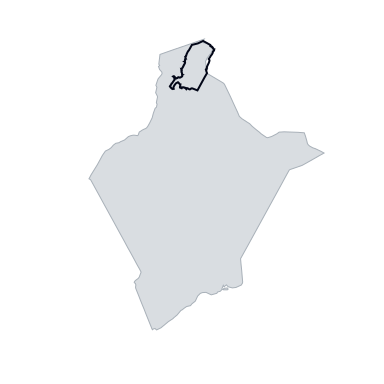 Turkana North, Rift Valley, Kenya shown in context, rotated 29°
{"feature_id": "3690345B58335120983870", "entity_name": "Turkana North", "entity_type": "district", "adm_level": 2, "iso_a3": "KEN", "parent_name": "Kenya", "parent_adm1": "Rift Valley", "projection": "robinson", "projection_center": [35.285, 4.376], "detail": "fine", "context": "in_parent", "style": "outline", "palette": "ink", "viewbox_px": 384, "rotation_deg": 29, "n_neighbors": 0, "source": "geoboundaries", "source_scale": "gbopen_adm2", "svg_char_len": 6965}
<svg xmlns="http://www.w3.org/2000/svg" viewBox="0 0 384 384"><g transform="rotate(29 192 192)"><path d="M95.5,230.4L95.4,225.8L96.0,213.9L95.9,203.4L96.4,198.2L98.7,194.9L99.8,192.5L100.5,189.1L101.7,186.4L104.4,184.1L104.9,182.9L107.8,179.2L109.5,174.4L110.8,172.8L112.4,171.3L113.5,170.5L115.4,169.7L116.9,169.2L117.2,168.8L117.3,168.1L116.8,165.1L117.4,164.1L118.4,162.1L119.6,160.3L120.6,159.1L121.2,157.9L121.5,155.8L121.5,154.3L121.5,151.9L121.2,146.4L120.0,141.8L119.2,136.7L119.8,135.0L118.8,132.0L118.3,131.8L117.5,131.1L116.6,128.3L115.8,125.7L115.3,125.0L112.1,122.8L110.5,117.4L108.7,116.2L107.7,110.9L107.5,109.4L108.5,104.1L108.4,102.9L107.4,101.7L104.3,100.6L101.8,98.4L102.2,97.6L102.3,96.9L101.0,96.3L97.3,87.2L102.1,81.8L107.0,76.3L113.3,69.3L119.1,62.9L124.1,57.3L128.5,52.4L128.4,53.3L128.4,54.6L129.0,55.3L129.9,55.9L131.2,55.3L132.3,54.5L133.4,54.4L140.1,56.4L141.2,58.2L141.1,60.2L141.4,61.6L140.9,63.0L140.3,67.2L140.5,71.1L142.5,74.0L144.3,76.3L145.7,79.5L146.8,80.4L148.2,81.0L152.8,81.1L159.6,81.3L166.2,81.5L166.8,81.6L168.1,82.0L174.2,86.3L179.7,90.2L184.4,93.7L188.9,97.0L193.3,100.2L196.7,102.9L200.1,103.7L205.6,104.1L209.3,104.3L212.9,105.4L218.1,106.4L221.9,107.0L224.3,107.6L230.8,108.2L231.9,107.8L234.7,104.9L238.0,100.0L239.2,97.4L243.4,94.7L250.7,91.0L255.8,88.4L261.5,85.8L264.1,88.1L267.7,91.7L269.3,93.5L270.6,94.3L272.6,94.8L274.9,94.8L276.2,94.8L278.9,94.3L285.1,93.9L288.6,93.9L285.6,98.7L282.1,104.5L275.5,115.2L270.5,120.8L266.7,125.0L266.4,125.8L266.4,130.5L266.5,142.1L266.6,165.2L266.7,188.3L266.8,211.4L266.8,222.9L266.8,226.8L270.1,231.7L273.4,236.4L277.6,242.7L279.9,246.1L280.3,247.2L280.2,249.5L276.7,254.2L273.8,256.3L269.9,257.3L268.7,257.1L267.2,256.5L266.6,257.6L266.1,259.3L265.3,259.0L264.6,258.5L265.0,261.6L265.4,263.1L264.8,265.2L262.9,267.0L262.8,268.6L258.7,272.6L252.9,273.0L249.8,275.0L248.4,276.7L247.4,280.3L247.8,285.8L246.1,290.0L245.8,292.1L242.8,294.8L241.5,297.4L240.5,299.9L239.7,301.0L238.6,306.8L237.2,310.3L236.9,311.4L236.5,312.5L235.4,314.5L234.7,315.9L234.2,316.8L230.7,325.8L227.9,329.8L225.8,329.3L224.3,330.9L224.2,331.6L223.4,331.2L221.6,329.7L217.9,326.7L214.2,323.7L210.5,320.7L206.8,317.6L203.0,314.6L199.3,311.6L195.6,308.5L191.9,305.5L189.7,303.7L188.8,302.7L188.0,300.6L187.6,300.1L186.7,299.4L185.5,299.3L185.2,298.9L185.2,297.8L185.6,296.4L186.9,293.6L187.1,292.0L186.8,290.1L186.4,287.1L186.0,286.5L183.6,284.9L178.4,281.7L173.3,278.4L168.1,275.1L162.9,271.9L157.8,268.6L152.6,265.3L147.5,262.1L142.3,258.8L137.1,255.5L132.0,252.3L126.8,249.0L121.7,245.8L116.5,242.5L111.3,239.2L106.2,236.0L101.0,232.7L99.1,231.5L97.3,230.4L95.5,230.4ZM267.1,262.2L266.3,262.4L266.7,260.8L269.4,258.8L270.5,259.3L270.7,259.7L270.6,260.1L270.1,260.6L267.1,262.2Z" fill="#d9dde1" stroke="#a8b0b8" stroke-width="1"/><path d="M132.6,106.3L132.5,106.0L132.4,105.9L132.3,105.6L132.5,105.4L132.5,105.2L132.8,105.1L133.0,105.2L133.3,105.1L133.5,105.0L133.5,104.9L133.8,104.5L134.1,104.4L134.5,104.4L134.8,104.3L135.2,104.4L135.3,104.3L135.5,104.2L135.6,104.3L135.8,104.2L135.9,104.3L136.1,104.2L136.2,104.3L136.4,104.3L136.5,104.3L136.6,104.6L136.8,104.7L137.0,104.7L137.2,104.8L137.3,104.3L137.4,104.2L137.3,103.6L137.8,103.4L138.4,103.4L138.8,103.4L139.4,103.5L139.8,103.5L140.2,103.4L140.5,103.2L140.8,102.6L140.8,102.4L141.0,102.2L141.2,101.7L141.3,101.6L141.7,101.5L141.8,101.4L142.1,101.2L147.5,100.5L147.4,85.6L147.5,80.8L146.2,79.6L144.9,78.3L145.4,77.8L145.3,77.5L144.8,77.4L144.8,77.0L145.0,76.2L144.4,75.7L144.3,74.2L144.2,73.0L144.1,71.1L143.9,69.9L143.7,68.9L143.5,68.4L143.2,68.1L142.8,67.8L142.4,67.7L142.2,67.6L142.3,66.2L142.4,65.4L142.4,64.5L142.4,64.0L142.4,63.7L142.5,63.3L142.6,62.5L142.7,62.2L142.7,61.9L142.7,61.7L142.7,61.0L142.7,60.7L142.6,60.3L142.6,60.0L142.4,59.6L142.3,59.1L142.4,58.2L142.6,57.9L142.7,57.7L142.5,57.4L142.5,57.0L142.4,56.9L142.3,56.7L142.2,56.5L142.2,56.4L141.8,56.5L141.5,56.4L141.4,56.4L141.1,56.3L140.9,56.1L140.5,56.0L140.5,55.8L140.3,55.7L140.0,55.6L139.8,55.7L139.6,55.7L139.5,55.4L139.4,55.3L139.1,55.3L138.9,55.3L138.6,55.2L138.3,55.3L138.2,55.2L137.9,55.4L137.6,55.4L137.5,55.6L137.4,55.6L137.1,55.2L136.9,54.9L136.8,54.7L136.7,54.5L128.5,54.5L125.1,59.2L120.6,63.4L120.6,69.4L120.5,69.8L120.5,70.1L120.3,70.6L120.4,71.0L120.3,71.3L120.3,71.7L120.3,72.1L120.4,72.9L120.4,73.5L120.4,73.8L120.6,74.4L120.6,74.6L120.7,74.8L120.7,75.1L120.7,75.4L120.6,75.7L120.7,76.0L120.9,76.1L120.9,76.3L120.9,76.5L120.8,76.9L120.8,77.1L121.1,77.5L121.3,77.7L121.4,77.8L121.5,77.9L121.4,77.9L121.5,78.0L121.5,78.3L121.5,78.5L121.5,78.8L121.6,79.0L121.7,79.5L121.8,79.7L121.8,79.9L121.9,80.0L122.0,80.2L122.0,80.3L122.2,80.5L122.3,80.5L122.4,80.8L122.3,81.1L122.4,81.3L122.5,81.4L122.4,81.5L122.5,81.5L122.6,81.8L122.8,82.0L123.0,82.2L123.1,82.3L123.2,82.5L123.3,82.5L123.4,82.9L123.4,83.0L123.4,83.4L123.4,83.5L123.4,83.8L123.4,84.0L123.4,84.4L123.3,84.5L123.4,84.9L123.3,85.0L123.3,85.4L123.3,85.5L123.4,85.8L123.4,86.0L123.5,86.1L123.5,86.4L123.5,86.6L123.4,86.7L123.4,86.8L123.4,87.0L123.5,87.4L123.4,87.7L123.5,87.8L123.4,88.1L123.4,88.6L123.3,88.9L123.3,89.0L123.4,89.3L123.2,89.4L123.3,89.5L123.4,89.8L123.4,90.0L123.4,89.9L123.5,89.9L123.5,90.1L123.4,90.1L123.5,90.2L123.5,90.3L123.6,90.5L123.8,90.6L123.9,90.9L124.0,90.9L124.2,91.1L124.3,91.1L124.3,91.3L124.3,91.5L124.5,92.0L124.8,92.1L124.9,92.3L125.0,92.3L125.1,92.5L125.5,92.8L125.8,93.0L125.9,93.3L126.0,93.4L126.1,93.5L126.3,93.8L126.4,94.0L126.5,94.0L126.4,94.1L126.6,94.5L127.1,94.9L127.2,95.1L127.2,95.3L127.3,95.6L127.2,95.8L127.1,96.2L126.9,96.4L126.7,96.8L126.4,97.4L126.0,97.8L125.9,97.9L125.6,98.0L125.3,98.1L125.2,98.1L124.8,98.0L124.6,98.1L124.3,98.6L124.0,98.8L124.0,99.3L123.9,99.5L123.7,99.7L123.5,99.8L123.3,99.9L123.3,100.0L123.2,100.3L123.0,100.6L122.8,100.7L122.7,100.8L122.5,100.7L122.3,100.8L122.2,100.8L121.8,100.6L121.6,100.4L121.5,100.1L121.4,99.9L121.1,99.9L120.7,99.6L120.4,99.5L120.0,99.5L119.6,99.8L119.5,100.0L119.8,100.0L120.0,100.3L120.4,100.3L120.7,100.3L120.9,100.5L121.2,100.9L121.4,101.0L121.5,101.2L121.6,101.3L121.8,101.5L121.9,101.8L122.1,101.9L122.2,102.2L122.3,102.5L122.3,102.8L122.2,103.1L122.0,104.6L121.9,106.2L121.9,106.4L121.8,106.7L121.5,107.1L121.7,108.2L121.5,109.3L121.4,110.3L122.0,110.6L122.3,110.7L122.6,110.9L122.9,110.8L123.1,111.0L124.5,111.4L124.9,111.4L125.0,111.2L125.3,111.0L125.4,110.9L125.6,110.9L125.9,110.8L126.0,110.7L125.8,110.5L125.7,110.3L125.5,110.2L125.2,109.8L125.2,109.7L125.1,109.4L125.0,109.1L124.9,108.5L124.9,107.6L124.9,107.1L124.9,106.7L125.0,106.5L125.0,106.3L125.1,106.0L125.1,105.5L125.2,105.1L125.3,104.7L125.6,104.1L125.8,104.0L126.0,103.6L126.2,103.4L126.3,103.1L126.5,102.8L127.2,103.0L127.3,103.1L128.1,103.2L128.3,103.3L128.8,103.6L129.0,103.7L129.5,103.7L129.7,103.8L129.8,103.7L129.9,103.9L129.9,104.3L130.1,104.5L130.2,104.8L130.3,105.5L130.6,106.1L130.8,106.4L131.0,106.3L131.4,106.2L131.5,106.3L131.8,106.3L132.0,106.4L132.4,106.4L132.6,106.3Z" fill="none" stroke="#020617" stroke-width="2"/></g></svg>